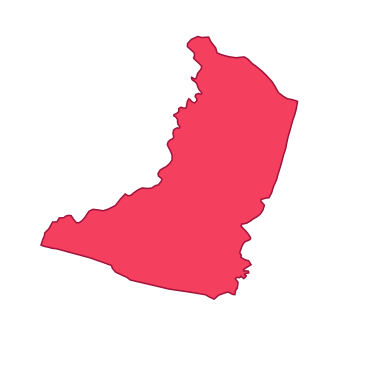 outline of Ekeremor, Bayelsa, Nigeria, rotated 310°
{"feature_id": "59680162B22876202690460", "entity_name": "Ekeremor", "entity_type": "district", "adm_level": 2, "iso_a3": "NGA", "parent_name": "Nigeria", "parent_adm1": "Bayelsa", "projection": "orthographic", "projection_center": [5.719, 4.944], "detail": "fine", "context": "isolated", "style": "filled", "palette": "rose", "viewbox_px": 384, "rotation_deg": 310, "n_neighbors": 0, "source": "geoboundaries", "source_scale": "gbopen_adm2", "svg_char_len": 3242}
<svg xmlns="http://www.w3.org/2000/svg" viewBox="0 0 384 384"><g transform="rotate(310 192 192)"><path d="M329.3,214.6L327.3,209.6L326.8,208.7L324.8,205.2L324.0,201.0L323.7,194.4L326.3,187.6L328.0,182.2L329.2,173.1L329.5,168.7L329.5,160.2L329.1,155.6L329.7,149.4L329.1,145.2L325.3,141.5L323.1,139.3L319.7,133.9L317.8,130.1L316.2,126.4L316.0,126.1L314.7,121.7L317.6,117.6L319.3,109.5L321.4,105.3L320.3,104.0L316.6,100.2L314.9,96.5L308.5,93.4L302.8,93.2L300.4,95.0L300.3,97.6L300.0,104.3L297.7,106.5L295.8,106.9L295.3,108.0L295.1,114.3L294.5,118.5L292.2,119.9L286.5,120.1L281.5,122.1L280.3,121.3L279.7,117.9L279.4,117.9L278.1,119.8L278.2,122.0L278.4,123.4L278.1,126.0L276.6,128.3L275.4,130.5L274.7,132.8L274.7,133.2L274.4,135.0L273.7,136.3L272.5,135.7L271.9,134.3L271.6,133.5L271.2,133.4L269.0,132.2L267.1,133.1L266.6,135.4L265.0,137.1L261.7,136.6L261.3,135.2L261.1,133.5L261.6,130.8L261.4,129.7L259.2,130.0L257.1,130.9L254.9,132.2L253.6,133.0L253.1,133.1L252.5,133.2L251.2,132.2L250.3,130.2L249.8,129.0L249.6,129.0L247.5,128.2L245.9,129.4L245.1,130.2L242.4,129.7L239.6,128.5L238.7,129.1L239.0,131.7L238.2,134.4L236.4,135.8L234.8,137.8L234.1,140.9L232.6,141.1L231.7,139.5L229.8,138.5L227.6,138.1L224.9,139.5L223.4,141.3L222.1,142.8L220.6,143.0L218.1,141.9L215.2,141.5L212.6,142.5L211.6,144.2L209.9,148.5L207.6,152.9L207.6,153.0L203.5,156.2L199.9,156.6L195.1,156.0L191.0,154.3L188.1,153.5L184.1,154.2L182.8,156.0L182.7,156.1L182.7,158.4L182.8,160.1L182.0,161.1L179.7,161.6L175.8,161.6L173.3,159.8L171.2,159.2L169.1,158.6L165.7,155.2L163.2,151.3L159.3,149.4L154.1,147.9L150.4,147.4L148.0,145.4L147.6,142.1L140.8,141.7L132.6,142.0L129.8,140.9L124.7,138.7L120.6,136.1L117.8,131.4L117.4,130.8L115.1,127.3L111.2,125.5L107.2,125.8L104.1,126.3L99.3,126.2L95.6,125.1L94.2,123.2L95.0,118.5L96.2,114.6L94.8,112.5L92.8,111.0L89.7,110.2L86.9,107.0L82.2,107.7L79.4,104.5L71.8,106.0L66.1,105.5L63.4,107.2L59.8,108.2L56.7,109.5L54.3,110.4L55.2,113.4L57.6,117.9L58.3,119.5L59.2,121.5L61.1,124.1L75.9,155.9L84.0,177.6L82.4,179.9L81.5,184.8L83.3,191.9L84.8,196.8L84.9,201.1L88.4,208.2L90.4,212.1L95.3,221.7L102.5,236.1L105.0,240.3L107.5,244.3L112.8,252.9L118.8,262.9L122.0,268.5L122.7,272.6L124.1,277.8L130.2,278.8L136.6,282.5L138.7,284.2L139.6,288.7L140.9,290.8L144.6,288.7L147.1,288.6L149.4,287.3L152.5,285.2L152.9,282.9L153.4,280.9L155.3,281.1L156.6,283.2L157.8,283.7L158.9,283.5L158.9,287.3L161.6,287.7L162.7,287.4L162.5,285.5L163.1,284.8L163.4,285.1L164.2,285.8L165.2,286.2L166.3,287.5L166.9,287.1L167.4,286.5L167.6,285.8L166.8,284.9L166.0,283.7L164.7,282.6L164.9,282.3L165.7,281.4L168.9,282.2L174.3,284.0L175.7,279.6L174.1,275.9L173.4,271.7L175.4,270.2L176.1,267.6L182.6,265.1L185.1,264.6L187.5,264.4L192.1,266.7L193.5,267.0L194.5,266.4L194.8,265.7L195.8,262.7L196.7,258.2L196.9,255.5L197.4,251.5L199.6,250.7L200.9,252.2L203.8,254.2L206.1,254.9L207.5,255.5L209.8,255.9L215.2,257.8L216.0,257.9L218.9,258.5L221.0,258.3L223.6,258.0L228.4,256.0L229.2,250.7L230.8,249.7L235.3,253.0L237.1,254.7L242.3,253.6L249.0,250.8L255.8,248.9L259.9,246.9L263.8,245.3L270.4,242.5L278.4,238.7L285.8,235.7L290.0,233.3L295.9,230.2L301.5,227.8L307.0,225.2L312.0,223.0L317.9,220.7L322.7,218.5L324.5,217.4L329.3,214.6Z" fill="#f43f5e" stroke="#9f1239" stroke-width="1.5"/></g></svg>